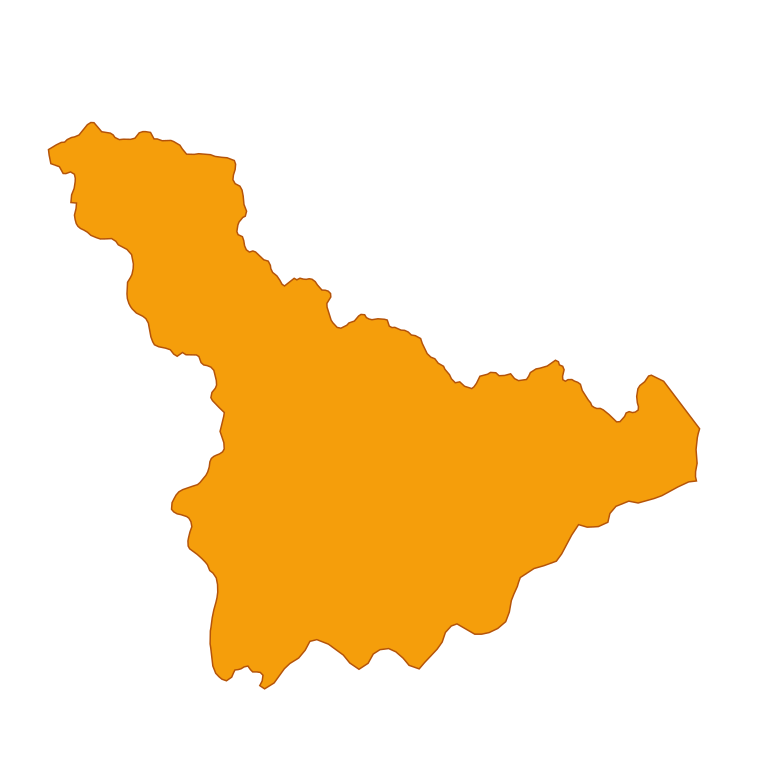 outline of Terra Santa, Pará, Brazil, rotated 354°
{"feature_id": "56859067B55626179561837", "entity_name": "Terra Santa", "entity_type": "district", "adm_level": 2, "iso_a3": "BRA", "parent_name": "Brazil", "parent_adm1": "Pará", "projection": "robinson", "projection_center": [-56.49, -1.905], "detail": "fine", "context": "isolated", "style": "filled", "palette": "amber", "viewbox_px": 768, "rotation_deg": 354, "n_neighbors": 0, "source": "geoboundaries", "source_scale": "gbopen_adm2", "svg_char_len": 4847}
<svg xmlns="http://www.w3.org/2000/svg" viewBox="0 0 768 768"><g transform="rotate(354 384 384)"><path d="M684.6,513.1L684.1,508.8L684.7,503.8L687.1,495.6L687.5,481.8L690.0,470.1L691.3,466.2L693.2,461.5L662.4,410.5L650.8,403.2L648.0,403.7L643.5,409.0L638.3,412.3L636.0,415.3L634.0,422.8L634.0,429.2L634.7,433.1L634.1,436.4L631.0,438.2L628.1,438.4L624.9,437.1L621.8,438.1L619.9,441.4L614.8,446.1L611.4,446.0L604.6,437.9L599.4,432.7L596.6,430.9L593.1,430.6L590.6,429.3L588.4,427.4L587.5,424.3L585.4,421.1L580.5,411.2L579.3,404.8L576.9,402.6L573.7,401.0L571.3,399.2L567.4,398.9L564.7,400.2L562.3,398.4L562.4,395.0L564.6,388.7L563.6,385.1L560.4,383.3L559.8,380.1L557.0,378.3L548.2,383.2L540.6,384.6L536.8,384.9L530.8,387.9L528.7,391.4L526.2,394.4L518.1,394.7L514.4,392.3L511.0,387.1L504.9,388.1L499.3,387.8L496.4,384.5L491.2,383.6L488.0,385.1L480.2,386.3L476.1,392.9L473.2,396.2L470.8,397.7L463.9,394.7L459.6,389.8L455.0,390.2L451.6,385.9L450.1,381.6L446.1,375.7L445.1,372.6L440.1,369.0L437.2,364.2L433.4,362.2L430.1,358.3L426.3,347.7L425.2,342.6L420.2,339.2L416.3,338.1L413.5,334.8L410.1,332.8L406.6,332.2L400.7,328.8L397.8,328.7L395.3,327.0L393.9,320.7L391.3,319.7L384.8,318.5L378.7,318.8L375.9,317.8L373.4,316.1L372.0,313.1L368.4,312.4L365.9,313.7L361.1,318.3L355.5,319.6L353.1,321.7L347.0,324.0L343.3,322.8L339.5,317.7L338.1,315.0L335.4,301.6L335.6,297.9L340.2,291.9L340.3,288.4L338.2,285.8L335.4,284.6L332.1,284.1L328.1,278.5L326.3,275.0L323.4,272.3L320.6,271.5L317.7,271.8L314.9,271.3L311.5,270.0L308.2,271.3L305.7,269.5L295.3,276.1L293.0,274.1L291.3,270.0L288.8,265.3L284.9,261.4L283.5,257.4L283.4,254.1L281.7,249.7L277.4,247.9L270.1,239.3L267.5,238.0L263.9,238.7L261.1,236.1L259.8,232.0L259.5,226.7L258.6,222.7L254.5,220.2L253.6,217.0L255.3,210.6L256.8,207.7L261.0,203.6L263.6,202.6L265.4,197.8L263.5,190.8L263.6,182.5L263.1,176.3L261.4,172.2L256.9,169.2L255.1,165.0L256.1,160.4L258.4,155.1L259.4,149.9L258.5,146.1L251.6,142.6L246.3,141.6L239.8,140.0L235.4,137.8L223.8,135.6L219.3,135.8L211.7,134.8L207.9,129.0L206.0,125.2L200.2,120.9L197.5,119.5L188.9,118.9L184.1,116.6L180.9,116.2L178.1,109.4L173.3,108.1L170.5,107.8L166.8,108.6L162.0,113.5L157.6,114.2L150.3,113.3L146.3,113.3L142.2,110.7L140.7,108.0L138.1,105.9L129.6,103.6L122.9,93.8L119.8,93.3L116.1,95.1L106.7,104.5L102.1,105.9L98.9,106.2L94.5,107.8L91.6,110.1L88.3,110.0L83.1,111.9L74.8,115.8L74.9,121.3L75.7,130.0L83.9,134.0L86.9,141.1L89.6,141.5L94.4,140.3L98.0,143.0L98.5,147.1L98.0,150.6L96.3,157.1L93.1,163.2L91.6,170.8L97.1,171.9L96.1,177.2L93.8,183.7L94.0,188.0L94.7,192.3L96.1,195.2L98.4,197.6L101.7,199.6L105.0,202.1L108.0,205.5L113.1,208.3L117.0,210.1L121.4,210.5L128.3,210.9L132.2,214.0L134.3,217.8L142.5,223.3L146.5,229.0L147.3,238.4L146.6,243.1L144.8,248.7L142.9,251.7L139.6,256.0L137.8,267.5L137.7,272.3L138.7,277.2L140.0,280.5L141.5,283.1L145.1,287.5L151.2,291.4L154.0,294.1L156.0,298.7L157.1,312.8L158.4,317.8L159.8,321.0L163.8,323.4L170.5,325.5L175.1,327.6L178.0,332.3L181.2,334.8L186.9,331.6L190.1,334.2L196.6,335.0L200.5,335.5L202.8,337.4L204.3,343.6L206.7,346.2L210.0,347.2L213.6,349.1L216.2,352.6L217.1,359.2L217.6,363.0L217.4,367.6L215.8,370.6L212.0,374.4L210.4,379.5L211.7,382.6L217.6,390.2L222.2,395.7L221.2,399.5L218.1,408.2L216.0,414.0L217.3,419.7L218.6,425.7L218.3,431.9L216.4,434.6L213.2,436.3L210.0,437.2L207.2,438.2L204.5,440.0L202.7,443.2L201.5,448.3L199.5,453.0L197.3,456.3L195.2,458.3L190.7,462.8L188.0,464.6L182.7,465.7L172.8,468.0L168.7,469.8L165.7,472.6L163.3,476.0L160.8,479.9L159.6,486.4L161.5,489.2L164.7,491.5L168.4,492.7L173.9,495.2L175.9,497.0L177.6,500.8L178.0,505.8L175.5,511.0L173.5,516.6L172.6,519.6L172.3,524.7L173.5,527.6L180.4,533.9L184.8,538.8L187.7,542.5L189.5,545.3L191.2,551.3L194.1,554.1L196.9,559.3L197.5,566.0L196.9,573.6L195.6,579.0L194.1,583.4L191.1,591.0L188.7,598.6L186.4,608.3L185.5,611.4L183.9,624.3L184.1,628.5L184.3,646.5L186.4,654.1L189.3,657.9L191.9,660.6L196.3,662.7L201.9,659.6L204.3,655.3L205.9,652.8L209.1,652.8L212.0,652.3L215.4,650.7L219.2,650.3L221.3,654.1L223.3,656.6L227.6,657.1L230.8,657.9L233.2,661.0L231.8,666.6L228.9,671.0L233.4,674.7L243.5,669.8L255.1,656.8L261.2,652.1L270.5,647.6L277.8,640.5L283.4,632.2L290.5,631.2L301.5,636.9L315.2,649.3L320.8,657.9L329.3,665.1L336.1,661.6L339.0,660.1L345.1,651.4L352.2,647.8L361.0,647.6L367.8,651.6L374.3,658.6L377.2,662.9L379.5,666.4L389.2,671.0L395.3,665.2L409.1,653.3L414.9,646.7L419.1,637.5L425.6,631.7L431.5,630.2L448.1,642.3L455.1,643.0L462.6,642.2L471.6,639.0L476.4,635.7L480.2,633.1L484.8,623.9L486.9,616.6L488.0,612.7L491.2,606.5L495.5,599.2L496.9,595.7L499.3,590.7L513.9,583.2L524.1,581.4L536.9,578.2L542.9,571.6L554.9,553.8L562.8,544.2L571.1,547.6L577.4,548.0L582.3,548.2L592.2,544.9L595.1,536.4L601.9,529.9L615.2,526.1L624.3,528.9L640.8,526.1L648.7,524.1L665.5,517.1L676.8,513.2L684.6,513.1Z" fill="#f59e0b" stroke="#b45309" stroke-width="1.5"/></g></svg>